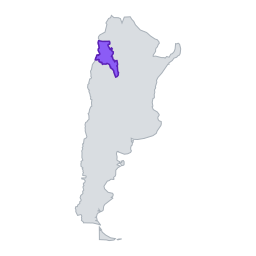 Catamarca highlighted on a map of Argentina
{"feature_id": "ARG-1300", "entity_name": "Catamarca", "entity_type": "Province", "adm_level": 1, "iso_a3": "ARG", "parent_name": "Argentina", "parent_adm1": "", "projection": "equal_earth", "projection_center": [-67.01, -27.65], "detail": "fine", "context": "in_parent", "style": "filled", "palette": "violet", "viewbox_px": 256, "rotation_deg": 0, "n_neighbors": 0, "source": "natural_earth", "source_scale": "10m", "svg_char_len": 6585}
<svg xmlns="http://www.w3.org/2000/svg" viewBox="0 0 256 256"><path d="M158.0,77.4L156.5,80.3L156.8,82.3L155.3,86.9L155.7,87.8L154.5,89.9L154.8,92.3L154.2,94.5L154.4,97.4L153.9,98.2L153.0,98.4L152.2,102.4L152.9,106.1L152.1,106.8L153.3,109.6L157.2,111.9L159.1,114.4L159.1,115.4L158.0,116.9L157.8,118.1L158.3,119.8L159.3,120.9L161.2,121.5L161.3,123.9L160.9,125.5L157.2,130.9L156.3,133.3L152.9,135.7L144.2,138.4L137.5,139.5L133.7,139.3L131.2,138.2L131.4,141.2L132.6,142.1L131.9,142.1L132.5,142.7L132.1,145.2L131.3,145.6L130.7,147.7L130.7,149.5L131.4,150.9L130.6,152.4L127.7,153.8L124.3,154.2L118.0,151.8L118.3,151.5L117.9,151.3L116.9,151.8L116.4,153.8L117.1,156.9L116.9,159.6L117.2,160.5L119.5,161.5L119.3,162.6L120.1,162.7L121.7,162.4L121.9,161.6L121.1,161.2L123.3,160.5L124.1,161.7L124.1,164.4L123.7,165.1L122.0,165.6L121.5,165.5L120.6,163.6L119.7,163.2L117.3,164.2L117.0,164.8L120.5,166.2L117.9,167.7L115.8,170.2L115.7,174.8L115.2,176.1L113.7,177.3L113.5,178.2L114.0,178.7L113.8,179.5L111.0,179.2L109.0,180.7L107.3,181.1L104.0,186.2L104.5,188.7L108.1,192.3L112.6,193.3L113.2,194.5L113.0,195.9L112.4,196.7L110.8,197.5L112.2,197.5L112.8,198.2L104.7,204.5L103.7,206.3L103.2,210.1L102.6,210.8L101.0,211.6L99.8,210.8L99.0,209.4L99.0,210.5L97.5,211.0L99.3,211.0L100.2,211.9L97.7,213.3L97.0,214.5L96.7,216.2L95.8,217.2L96.5,217.0L97.2,220.3L95.3,220.5L97.7,221.1L100.4,224.8L100.2,225.1L100.1,224.7L93.0,223.0L83.5,222.8L83.6,222.3L81.4,220.3L81.8,218.8L81.4,217.6L81.8,216.5L81.5,215.1L80.7,214.6L77.6,215.4L75.8,211.7L75.9,209.7L75.3,208.4L75.8,206.7L77.4,206.6L77.8,204.9L79.8,203.5L79.7,201.8L80.9,200.9L81.2,200.0L80.1,197.8L80.8,195.4L82.9,193.6L82.7,191.2L83.8,190.1L82.9,186.9L84.0,185.6L83.4,184.9L83.4,183.2L84.6,182.8L85.3,181.0L84.1,179.3L81.8,178.9L81.7,178.0L85.7,177.9L86.2,176.6L85.9,175.9L82.8,175.5L82.8,173.7L83.5,172.5L82.9,171.4L83.1,170.3L82.2,168.7L83.0,168.0L81.0,166.3L80.9,163.6L81.3,162.9L81.0,161.5L82.8,160.1L81.9,157.5L82.0,152.4L81.7,151.0L82.8,148.9L82.2,147.6L83.0,146.5L82.6,143.9L83.5,143.7L84.1,139.1L86.4,137.8L86.9,136.8L85.2,131.1L85.3,128.9L85.0,127.9L85.4,126.6L85.0,124.7L85.6,122.5L87.2,121.6L87.4,120.8L89.0,119.3L88.9,115.5L88.1,113.5L89.0,112.8L89.5,109.9L90.7,106.9L91.8,106.3L91.5,102.8L91.9,99.7L90.5,99.1L90.8,96.8L90.3,96.3L89.9,93.9L89.0,91.8L88.9,90.8L89.4,90.2L88.4,89.4L87.6,87.4L87.8,85.6L87.9,84.4L89.1,83.5L88.8,82.6L89.8,78.9L90.9,78.7L91.5,77.3L90.9,76.6L91.0,74.4L90.5,71.1L91.5,69.5L92.4,64.5L95.0,60.9L96.8,55.2L98.2,55.1L99.7,53.9L98.2,50.2L99.2,47.9L98.1,42.9L98.4,41.1L99.3,40.0L98.3,38.1L98.6,36.5L100.0,34.8L105.0,32.1L106.9,24.4L105.9,23.0L108.6,18.5L110.6,17.7L111.4,15.4L113.9,17.6L118.3,17.7L120.4,18.6L122.0,23.1L124.3,17.1L130.3,16.8L131.5,19.0L133.8,21.5L135.4,24.8L140.3,30.0L146.6,32.5L150.5,36.0L155.0,39.0L157.2,39.7L158.9,41.7L159.3,43.3L158.2,44.5L157.4,46.8L156.1,48.1L155.6,49.5L155.6,51.4L153.2,55.1L153.2,56.4L155.6,56.1L161.4,57.6L164.2,57.6L165.1,58.2L166.6,56.5L169.1,57.2L170.8,54.2L172.4,53.6L174.2,51.5L175.1,49.0L175.6,43.6L176.6,43.9L178.2,43.2L179.6,44.3L180.7,48.9L180.2,53.3L179.5,55.0L177.7,56.0L176.7,57.2L173.9,58.2L172.3,60.5L168.8,63.0L169.0,64.3L167.9,64.2L161.8,73.1L158.0,77.4ZM99.4,239.6L99.3,226.9L101.2,229.4L100.3,229.2L100.0,230.4L101.6,230.7L102.3,232.2L105.6,235.0L110.5,237.8L115.4,238.6L114.0,240.0L109.2,240.6L106.4,239.9L99.4,239.6ZM117.3,239.5L118.8,239.0L121.7,238.9L117.8,239.9L117.3,239.5ZM133.4,140.5L133.3,141.1L132.4,140.1L133.4,140.5Z" fill="#d9dde1" stroke="#a8b0b8" stroke-width="1"/><path d="M99.6,54.5L99.7,54.4L99.6,54.2L99.8,53.7L99.8,53.4L99.7,53.2L98.6,51.4L98.5,51.1L98.3,50.8L98.2,50.5L98.2,50.1L98.2,49.5L98.2,49.2L98.3,49.0L98.4,48.7L99.1,48.1L99.2,47.8L99.1,47.4L98.8,45.5L98.7,44.9L98.6,44.7L98.4,44.4L98.3,44.2L98.3,43.8L98.3,43.7L98.3,43.4L98.1,43.1L98.1,42.8L98.1,42.6L98.6,40.7L102.5,41.4L109.2,41.3L109.4,41.3L109.5,41.4L109.6,41.6L109.6,42.2L109.6,42.3L109.7,42.5L109.8,42.6L109.9,42.8L109.9,43.0L109.8,43.6L109.8,43.8L109.7,44.0L109.4,44.2L109.4,44.3L109.0,44.3L108.8,44.3L108.5,44.3L108.4,44.3L108.3,44.5L108.2,44.6L108.0,44.8L108.0,45.0L108.0,45.3L108.1,45.7L108.2,45.9L108.6,46.8L109.1,47.4L109.2,47.8L109.4,48.0L109.6,48.7L109.7,48.8L110.0,49.3L110.2,49.5L110.3,49.6L110.5,49.5L110.5,49.4L110.8,48.7L111.1,48.4L111.2,48.1L111.3,48.0L111.5,47.9L111.6,48.0L111.8,48.3L112.0,48.5L112.2,48.8L112.0,49.0L112.0,49.3L111.9,49.5L111.7,50.0L111.7,50.4L111.6,50.5L111.8,50.9L112.0,51.0L112.3,51.1L112.6,51.4L113.0,51.8L113.3,51.9L113.3,52.0L113.3,52.3L113.2,52.8L113.2,53.3L113.2,53.5L113.0,54.0L112.6,54.4L112.4,54.7L112.3,54.9L112.2,55.1L112.1,55.3L112.0,55.5L111.9,55.6L111.7,55.9L111.6,56.1L111.4,56.4L111.4,56.5L111.5,56.6L111.9,56.7L112.0,56.7L112.4,57.0L112.5,57.0L112.6,57.3L112.7,58.4L112.8,58.5L112.9,58.9L112.9,59.0L113.0,59.1L113.2,59.3L113.3,59.6L113.3,59.8L113.4,60.0L113.5,60.0L113.7,59.9L113.8,59.9L114.1,60.1L114.2,60.4L114.2,60.8L114.3,61.1L114.8,61.8L115.1,61.5L115.2,61.2L115.4,61.0L115.6,60.8L116.1,60.5L116.3,60.6L116.5,60.8L116.8,60.9L117.0,60.8L117.5,63.5L117.6,64.6L117.5,65.0L117.4,65.2L117.4,65.3L117.2,65.5L117.1,65.8L116.9,65.9L117.0,66.2L117.0,66.3L117.3,66.4L117.4,66.6L117.5,68.2L117.5,68.8L117.7,70.9L117.9,71.6L118.3,72.3L118.3,72.5L118.5,72.8L118.2,73.0L118.3,74.9L118.2,75.1L117.6,75.9L117.1,76.5L116.8,76.7L115.7,77.1L114.8,74.9L114.6,74.3L114.3,73.4L113.9,72.4L113.9,72.2L113.8,71.7L113.8,71.2L113.6,70.6L112.6,69.5L112.6,69.4L112.4,69.4L111.8,68.6L111.5,68.4L110.6,67.9L110.5,67.7L110.4,67.6L110.4,67.4L110.5,67.3L110.5,67.2L110.6,66.9L110.4,66.7L110.1,66.4L109.9,66.1L109.8,65.4L109.7,65.1L109.6,64.9L109.5,64.7L109.3,64.4L108.2,63.9L107.1,63.4L106.9,63.4L106.8,63.5L106.7,63.6L106.5,63.9L106.4,64.0L106.0,64.1L105.6,64.1L103.1,64.0L102.8,64.1L102.7,64.1L102.6,64.3L102.4,64.2L102.4,63.9L102.2,63.8L102.0,63.3L101.9,63.0L101.9,62.8L101.9,62.6L101.9,62.4L101.7,62.3L101.4,62.4L101.3,62.5L101.2,62.5L100.9,62.6L100.8,62.4L100.7,62.3L100.7,62.2L100.4,62.1L100.2,62.1L99.9,62.1L99.8,61.9L99.7,61.7L99.4,61.6L99.2,61.6L99.0,61.4L99.1,61.2L99.1,60.8L99.1,60.7L99.0,60.4L99.0,60.2L99.1,59.9L99.1,59.7L98.7,59.5L98.4,59.8L98.2,59.8L98.0,59.7L97.9,59.6L97.7,59.7L97.4,59.7L97.3,59.8L97.2,59.8L96.8,60.0L95.3,59.8L95.3,59.5L95.3,59.4L95.5,59.3L95.6,59.2L95.5,58.9L95.5,58.7L95.8,58.2L95.9,57.8L95.9,57.7L95.9,57.4L96.0,57.3L96.2,57.2L96.3,57.1L96.6,56.3L96.6,56.2L96.6,55.9L96.6,55.7L96.9,55.1L97.0,55.0L97.1,54.9L97.3,54.9L97.5,54.9L97.7,55.1L97.9,55.2L98.1,55.3L98.3,55.3L98.3,55.2L98.4,54.9L98.5,54.8L98.6,54.7L98.8,54.6L99.0,54.6L99.4,54.4L99.5,54.4L99.6,54.5Z" fill="#8b5cf6" stroke="#5b21b6" stroke-width="1.5"/></svg>